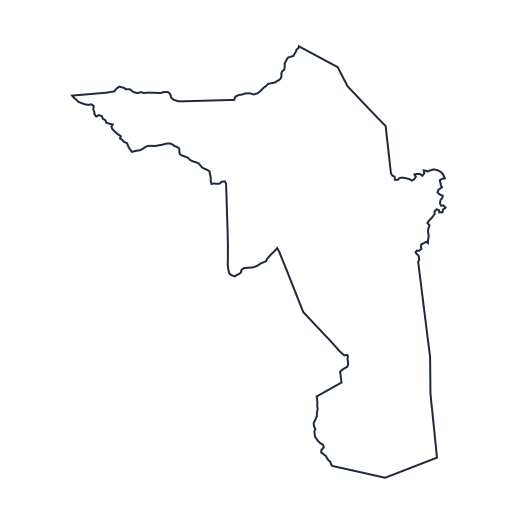 Mundo Novo, Bahia, Brazil, rotated 274°
{"feature_id": "56859067B88529686936311", "entity_name": "Mundo Novo", "entity_type": "district", "adm_level": 2, "iso_a3": "BRA", "parent_name": "Brazil", "parent_adm1": "Bahia", "projection": "robinson", "projection_center": [-40.513, -11.871], "detail": "fine", "context": "isolated", "style": "outline", "palette": "slate", "viewbox_px": 512, "rotation_deg": 274, "n_neighbors": 0, "source": "geoboundaries", "source_scale": "gbopen_adm2", "svg_char_len": 3770}
<svg xmlns="http://www.w3.org/2000/svg" viewBox="0 0 512 512"><g transform="rotate(274 256 256)"><path d="M413.7,224.5L410.2,223.3L405.0,170.0L405.0,167.1L405.6,164.8L406.3,162.7L408.0,160.4L411.4,159.1L413.4,156.7L413.1,152.4L411.9,149.5L411.8,147.1L411.8,144.3L411.6,140.3L411.3,135.6L410.7,132.5L411.5,130.0L410.3,126.5L410.7,123.7L411.6,121.2L413.3,119.1L413.5,116.8L413.2,114.6L414.4,112.9L414.9,110.7L415.4,107.8L413.0,104.9L410.4,103.4L408.4,94.9L403.2,61.4L401.2,63.2L399.9,65.2L397.4,68.1L396.0,72.3L395.3,75.4L395.1,78.3L395.8,80.9L394.5,83.5L390.7,83.5L388.3,84.7L386.4,84.9L384.0,86.8L385.6,89.6L384.8,92.5L382.3,93.6L380.7,96.6L378.7,97.0L377.9,99.8L377.2,103.9L375.0,102.8L372.9,103.6L371.4,105.2L369.4,107.5L367.5,110.3L366.0,112.9L363.8,112.1L362.4,114.6L360.7,116.1L359.6,119.4L355.9,121.2L353.2,123.2L351.2,125.1L352.1,127.5L352.8,130.1L353.5,133.1L355.4,136.1L357.1,138.1L358.3,140.8L358.6,144.0L358.7,146.9L359.0,149.1L359.8,151.9L360.4,154.6L361.2,156.7L362.0,159.5L362.2,162.7L361.2,165.3L360.0,167.1L359.3,169.3L358.3,171.5L356.4,172.2L354.5,172.3L352.3,173.0L351.0,175.2L350.5,177.4L349.4,181.0L347.2,183.6L345.9,186.7L345.4,189.2L344.5,192.1L342.4,194.3L340.6,196.0L339.4,198.5L338.7,200.8L337.3,203.7L334.1,204.5L331.0,205.4L327.8,205.6L324.8,206.6L325.4,209.1L325.3,211.5L325.6,214.7L327.7,216.5L328.3,219.7L326.1,221.1L276.0,226.2L263.1,227.4L261.0,227.5L253.2,228.0L244.6,228.5L239.6,229.6L236.7,230.6L235.1,233.0L234.1,236.3L235.8,238.2L236.7,240.3L238.4,242.0L241.2,242.6L243.1,244.9L243.8,249.4L244.3,253.3L245.9,257.2L247.5,259.5L248.9,261.2L250.4,264.1L251.5,266.5L253.7,267.1L256.1,268.9L258.9,271.1L260.9,273.1L262.9,274.7L265.3,276.6L261.9,278.8L259.2,280.1L245.8,286.7L231.8,293.4L203.4,307.0L180.7,331.5L178.2,334.4L166.5,346.4L164.9,348.6L163.0,351.0L163.7,354.0L161.9,354.7L159.7,354.4L157.1,355.1L154.4,355.5L151.8,354.8L150.4,352.5L148.7,350.2L146.6,348.0L135.7,350.1L132.0,344.4L120.1,326.3L117.2,327.0L113.1,327.5L110.6,327.5L108.0,328.2L105.6,327.9L103.2,327.8L100.3,327.8L96.9,326.6L93.3,325.2L90.2,325.7L87.8,327.2L85.3,326.5L81.9,327.0L79.4,327.7L77.9,329.2L75.9,330.6L73.8,333.2L72.3,336.1L69.8,337.0L67.1,334.8L64.6,334.7L63.3,336.7L61.4,339.6L59.4,340.9L57.4,342.4L55.7,344.7L53.5,345.3L51.9,346.7L43.8,400.2L65.9,447.3L67.5,450.6L115.7,442.3L120.9,441.3L126.5,440.4L131.1,439.6L167.6,436.7L191.6,431.9L261.4,418.2L263.7,419.0L267.4,418.4L269.3,416.1L270.9,414.9L272.6,416.1L272.6,418.4L274.7,420.5L276.7,419.9L279.1,420.0L280.8,423.0L282.1,424.7L280.9,426.6L283.8,426.5L286.6,426.8L289.1,426.8L291.3,426.0L294.9,425.9L298.6,426.9L300.9,424.7L303.6,426.3L305.8,428.3L307.8,429.7L310.3,431.3L312.9,431.0L315.2,433.0L314.4,435.5L312.3,435.7L312.6,439.0L315.4,439.3L317.4,441.8L319.5,439.4L319.1,437.1L321.5,435.8L324.9,436.2L327.1,437.9L329.2,438.0L330.3,434.7L332.2,432.6L334.7,433.4L336.2,435.1L337.5,436.7L339.4,435.5L341.6,434.9L344.4,434.1L346.2,436.7L346.6,439.0L348.8,437.9L351.1,436.4L352.9,434.3L354.2,431.2L354.8,427.3L353.6,423.9L352.3,421.6L352.9,419.6L353.1,417.3L350.2,418.1L347.6,416.3L349.3,413.7L349.1,411.2L348.4,408.4L346.2,409.9L343.9,408.7L342.1,406.3L343.5,403.2L344.2,399.2L344.4,396.2L343.7,393.7L341.9,392.2L341.7,389.3L344.8,388.7L345.8,386.2L348.1,384.8L391.1,376.9L394.6,376.3L397.2,373.4L404.2,365.5L429.5,337.9L431.9,335.4L450.1,324.3L468.2,284.1L466.3,283.8L464.7,282.0L462.8,281.6L460.9,280.6L458.2,279.3L457.1,276.6L456.1,274.0L453.7,272.7L451.8,272.0L449.7,271.1L446.7,271.5L444.1,271.2L442.0,269.3L439.8,268.5L437.7,268.9L434.9,268.3L433.1,266.6L431.7,264.5L430.4,262.8L429.5,259.7L428.7,256.2L426.1,253.9L424.1,251.6L421.9,249.8L420.3,248.3L418.5,246.3L417.0,242.6L417.9,238.2L417.4,234.0L416.1,230.8L415.4,227.7L413.7,224.5Z" fill="none" stroke="#1e293b" stroke-width="2"/></g></svg>